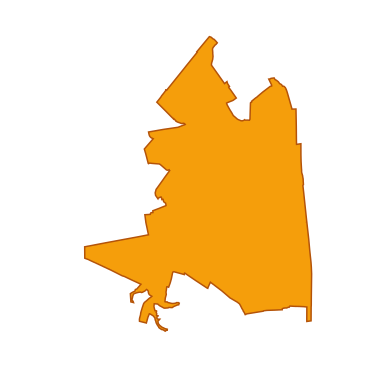 outline of Mircea Voda, Constanta, Romania, rotated 259°
{"feature_id": "2599482B76802521159862", "entity_name": "Mircea Voda", "entity_type": "district", "adm_level": 2, "iso_a3": "ROU", "parent_name": "Romania", "parent_adm1": "Constanta", "projection": "robinson", "projection_center": [28.188, 44.308], "detail": "fine", "context": "isolated", "style": "filled", "palette": "amber", "viewbox_px": 384, "rotation_deg": 259, "n_neighbors": 0, "source": "geoboundaries", "source_scale": "gbopen_adm2", "svg_char_len": 5850}
<svg xmlns="http://www.w3.org/2000/svg" viewBox="0 0 384 384"><g transform="rotate(259 192 192)"><path d="M294.4,183.1L292.2,180.5L291.3,179.7L290.9,179.3L288.4,176.4L286.9,174.6L281.7,178.1L273.8,183.4L269.7,186.1L268.0,187.3L267.1,187.8L267.4,188.1L265.6,189.3L265.4,189.5L265.1,189.7L264.8,189.6L264.1,190.3L263.7,190.8L263.2,191.5L262.1,193.4L261.5,194.3L261.3,194.6L261.2,195.0L261.1,196.7L261.0,196.8L260.9,197.2L260.6,197.6L260.2,197.9L259.6,198.2L258.2,190.6L258.9,175.8L259.2,160.8L257.2,160.8L255.8,160.9L255.0,161.1L254.3,161.4L253.5,161.9L252.9,162.4L251.7,164.1L243.3,153.4L237.9,153.9L228.4,154.5L228.1,154.7L228.1,154.8L228.4,155.4L228.4,155.8L228.4,156.2L227.7,158.2L225.8,165.1L225.7,165.3L225.2,165.9L223.9,167.0L219.4,170.5L218.7,171.0L218.4,171.4L218.1,171.9L218.0,172.5L218.2,173.8L217.8,173.8L217.3,174.2L211.1,167.5L210.0,166.4L201.6,157.5L201.5,157.3L198.2,155.7L195.6,155.6L191.8,157.3L192.5,157.8L193.1,160.6L192.3,160.9L191.9,161.0L190.9,160.9L190.2,161.0L190.2,161.3L190.5,161.8L190.5,162.1L190.3,162.2L190.0,162.3L188.7,162.3L188.2,162.3L187.8,162.4L187.5,162.6L187.0,163.2L186.5,163.5L186.2,163.9L184.9,164.0L183.6,163.9L181.3,151.4L181.2,150.8L181.1,150.0L180.3,149.9L179.3,149.7L179.5,148.0L179.3,147.5L178.8,147.1L178.0,146.8L178.6,142.1L178.7,141.4L170.8,140.9L158.3,141.1L158.3,130.4L158.5,109.3L158.6,97.8L158.7,76.2L147.9,74.2L147.5,74.1L147.4,74.2L146.7,75.3L146.4,75.8L145.9,76.7L142.2,81.8L130.8,97.5L122.9,107.7L122.6,108.4L121.8,109.8L121.7,109.9L119.4,113.0L116.8,116.5L111.2,124.3L107.3,119.3L107.1,117.8L105.9,117.2L105.5,116.8L105.3,115.7L104.7,113.8L104.0,112.1L96.2,111.1L95.8,111.0L94.6,113.5L95.5,113.4L96.1,113.2L97.5,112.6L98.0,112.5L98.6,112.9L99.6,113.4L100.2,113.6L100.9,113.9L101.9,114.5L102.5,114.8L102.8,115.1L103.0,115.3L103.3,116.3L103.6,118.2L103.7,120.5L103.6,122.4L103.3,122.7L103.0,123.2L103.0,123.7L103.0,124.2L103.2,124.8L103.8,126.8L103.9,127.1L104.5,127.9L104.6,128.3L105.0,128.8L104.6,129.2L104.0,129.7L103.4,130.0L102.9,130.1L101.9,130.0L100.7,130.1L100.2,130.2L99.4,130.5L99.0,130.8L97.3,132.7L96.5,131.4L95.8,129.7L93.9,126.6L92.7,124.3L92.4,124.0L91.6,123.2L90.9,122.8L88.3,121.3L84.5,119.3L83.1,118.6L81.2,118.0L78.4,116.6L77.9,116.4L76.7,116.0L75.1,115.8L72.1,122.2L77.4,124.8L80.6,126.9L80.5,127.2L80.0,127.9L77.8,130.3L76.9,130.8L76.4,131.0L76.1,131.2L76.0,131.4L75.8,131.5L75.5,131.5L73.4,131.5L72.0,131.8L71.1,131.8L70.2,131.9L68.0,132.6L67.0,133.0L66.3,133.4L65.9,133.5L65.4,133.6L65.2,133.6L64.0,134.7L62.8,135.9L62.4,137.0L62.1,137.5L61.1,138.5L60.5,139.1L61.1,140.4L61.0,141.3L61.6,141.5L62.0,141.6L63.1,139.3L64.1,138.1L64.7,137.1L65.8,136.1L67.3,134.8L69.2,133.9L69.8,133.8L71.1,133.9L71.8,134.0L72.3,134.5L72.7,135.4L73.3,136.1L73.5,135.3L73.5,134.7L73.9,134.0L74.4,133.5L75.7,133.7L76.4,134.0L76.7,134.3L76.7,135.0L76.9,135.1L77.4,134.1L77.7,133.6L78.8,134.0L79.6,134.2L80.6,133.8L81.7,134.5L82.0,134.5L82.4,133.8L82.6,133.3L82.6,133.0L85.5,132.8L87.0,132.8L89.5,133.6L88.6,136.9L86.5,138.6L83.3,142.5L83.1,143.7L82.8,146.4L83.1,147.3L82.3,150.5L83.1,152.4L83.9,156.3L83.8,157.4L85.3,158.3L86.0,157.6L86.4,155.7L86.0,154.7L86.2,151.9L86.6,150.6L88.2,147.1L88.8,146.8L89.1,145.5L89.4,144.6L89.9,144.6L93.1,145.6L96.3,147.2L98.9,147.4L99.7,147.8L103.7,149.1L103.7,149.7L103.0,150.9L107.0,153.3L111.0,155.3L115.9,157.3L117.0,157.9L117.2,159.0L114.2,165.1L112.7,168.1L112.4,168.6L113.8,169.2L113.8,169.4L104.4,178.7L94.7,188.6L94.4,189.1L95.2,189.5L99.8,192.7L99.6,192.9L99.8,193.0L89.4,202.3L86.4,204.7L80.8,209.1L77.2,213.2L76.5,214.0L74.9,215.8L74.2,216.3L73.6,216.9L73.0,217.3L71.6,217.8L69.9,218.3L68.3,218.7L66.2,219.5L65.2,219.6L63.7,220.3L61.5,220.8L61.5,221.4L61.7,221.6L61.9,222.0L61.9,223.2L61.4,239.2L61.5,239.3L61.7,239.6L61.7,240.0L61.5,243.0L60.2,251.2L59.2,258.1L59.9,258.2L60.0,258.2L60.1,258.4L60.3,258.7L60.4,259.5L60.5,259.7L60.3,261.9L60.2,262.3L60.1,262.9L60.4,264.2L60.5,265.0L60.3,265.3L60.5,265.6L61.1,266.1L61.3,266.2L61.3,266.5L60.2,270.8L59.3,275.0L58.1,279.9L57.2,282.8L45.3,280.4L43.0,280.0L42.8,284.3L56.3,287.0L58.2,287.5L65.7,289.0L88.8,293.8L95.4,294.8L100.3,295.4L111.9,296.4L123.6,297.6L141.0,299.0L141.0,298.9L141.2,299.0L146.9,299.5L158.4,300.5L169.8,301.5L177.4,302.1L177.9,302.8L180.2,303.1L181.4,303.2L182.3,303.4L183.9,303.6L185.9,303.6L186.5,303.7L188.1,303.6L189.7,303.4L191.2,303.5L192.7,303.8L193.8,303.9L201.2,304.9L206.4,305.8L207.6,306.0L218.6,308.1L218.8,303.7L223.0,304.4L236.5,306.9L253.6,309.9L254.2,306.6L254.2,306.0L271.6,304.5L274.6,304.1L274.7,303.9L275.4,303.9L276.7,303.5L278.0,302.6L278.2,302.4L278.4,302.1L278.5,301.1L278.9,300.9L279.5,300.7L280.1,300.5L280.8,299.9L281.5,298.9L281.9,298.6L283.7,297.8L284.3,297.3L285.0,296.7L285.5,296.3L286.1,295.5L286.6,294.9L288.3,294.4L288.4,292.7L288.5,291.1L288.1,290.6L288.2,288.9L282.8,290.3L282.2,290.5L280.9,290.5L280.8,290.2L280.8,289.0L276.7,280.7L273.7,275.3L273.1,274.4L272.8,273.9L272.7,273.5L272.4,273.0L272.2,272.4L269.7,267.8L269.3,267.8L269.1,267.7L268.8,267.6L268.7,267.2L268.5,266.6L268.3,266.4L265.7,265.8L252.4,262.8L251.5,262.1L252.0,260.1L252.2,258.9L252.3,258.3L252.7,257.3L252.8,257.3L252.5,256.6L252.3,255.5L252.3,254.9L252.5,254.0L252.8,253.4L253.4,252.5L254.3,251.2L254.7,250.6L257.7,248.3L258.8,247.4L259.2,247.1L260.4,246.7L261.7,246.3L265.9,244.7L270.3,243.3L271.9,242.9L272.7,242.9L273.1,244.5L274.0,249.3L274.2,250.0L275.8,253.4L285.7,249.0L286.9,248.3L288.0,248.0L288.4,248.9L291.6,247.6L293.7,247.4L292.2,244.6L312.8,235.3L314.0,235.6L314.9,235.9L318.2,237.6L321.1,238.5L324.0,238.8L324.9,239.0L328.4,239.4L328.8,239.6L329.7,240.2L331.7,242.5L332.1,243.2L332.3,243.7L333.6,245.3L336.1,243.9L337.9,242.6L338.0,242.1L339.2,241.2L340.4,240.2L341.2,238.7L328.7,223.4L328.2,223.8L316.2,209.5L315.9,209.2L296.7,186.5L297.3,185.9L297.3,185.7L296.6,185.5L296.2,185.1L294.4,183.1Z" fill="#f59e0b" stroke="#b45309" stroke-width="1.5"/></g></svg>